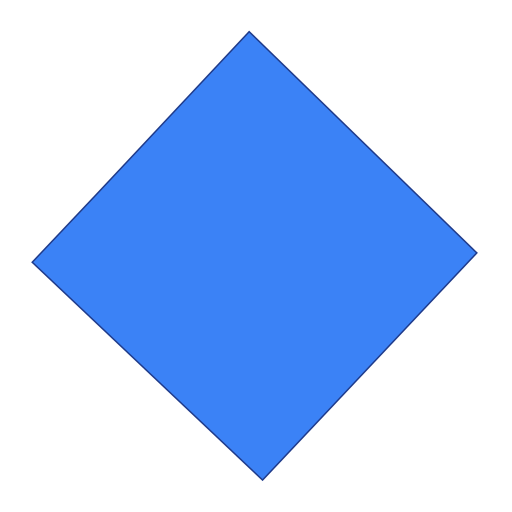 outline of Mitchell, Texas, United States of America, rotated 133°
{"feature_id": "52423323B74678572937686", "entity_name": "Mitchell", "entity_type": "district", "adm_level": 2, "iso_a3": "USA", "parent_name": "United States of America", "parent_adm1": "Texas", "projection": "orthographic", "projection_center": [-100.906, 32.307], "detail": "fine", "context": "isolated", "style": "filled", "palette": "blue", "viewbox_px": 512, "rotation_deg": 133, "n_neighbors": 0, "source": "geoboundaries", "source_scale": "gbopen_adm2", "svg_char_len": 250}
<svg xmlns="http://www.w3.org/2000/svg" viewBox="0 0 512 512"><g transform="rotate(133 256 256)"><path d="M415.4,98.4L103.1,96.6L103.1,99.2L96.6,414.0L317.9,414.7L413.2,415.4L415.4,98.4Z" fill="#3b82f6" stroke="#1e3a8a" stroke-width="1.5"/></g></svg>